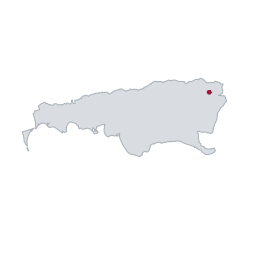 Dr. Manuel Belgrano, Jujuy, Argentina (highlighted), rotated 74°
{"feature_id": "61730980B9597683153912", "entity_name": "Dr. Manuel Belgrano", "entity_type": "district", "adm_level": 2, "iso_a3": "ARG", "parent_name": "Argentina", "parent_adm1": "Jujuy", "projection": "equal_earth", "projection_center": [-65.306, -24.063], "detail": "fine", "context": "in_parent", "style": "filled", "palette": "rose", "viewbox_px": 256, "rotation_deg": 74, "n_neighbors": 0, "source": "geoboundaries", "source_scale": "gbopen_adm2", "svg_char_len": 4438}
<svg xmlns="http://www.w3.org/2000/svg" viewBox="0 0 256 256"><g transform="rotate(74 128 128)"><path d="M155.2,81.5L153.8,84.2L154.1,86.0L152.7,90.2L153.0,91.0L152.0,93.0L152.3,95.2L151.7,97.3L151.9,99.8L151.5,100.6L150.6,100.8L149.9,104.5L150.6,107.9L149.9,108.6L151.0,111.1L154.6,113.3L156.3,115.5L156.4,116.4L155.4,117.8L155.2,118.9L155.7,120.5L156.6,121.5L158.3,122.1L158.5,124.3L158.1,125.7L154.7,130.7L153.9,132.9L150.8,135.1L142.9,137.6L136.7,138.6L133.2,138.4L130.9,137.4L131.1,140.1L132.2,141.0L131.6,141.0L132.1,141.5L131.8,143.8L131.1,144.2L130.5,146.1L130.5,147.7L131.2,149.0L130.5,150.4L127.8,151.7L124.7,152.0L118.9,149.9L119.1,149.6L118.8,149.4L117.9,149.9L117.5,151.7L118.1,154.5L117.9,157.0L118.2,157.8L120.3,158.8L120.2,159.7L120.9,159.8L122.4,159.6L122.6,158.8L121.8,158.5L123.8,157.9L124.6,158.9L124.6,161.4L124.2,162.1L122.7,162.6L122.2,162.4L121.3,160.7L120.6,160.3L118.3,161.3L118.0,161.8L121.3,163.1L118.9,164.4L117.0,166.7L116.9,171.0L116.5,172.2L115.2,173.3L114.9,174.1L115.4,174.5L115.2,175.3L112.7,175.1L110.9,176.4L109.3,176.8L106.3,181.5L106.8,183.8L110.1,187.1L114.3,187.9L114.8,189.0L114.6,190.3L114.1,191.1L112.6,191.8L113.9,191.8L114.5,192.5L107.1,198.3L106.2,199.9L105.8,203.4L105.2,204.1L103.7,204.8L102.7,204.1L101.9,202.8L101.9,203.8L100.6,204.2L102.2,204.2L103.0,205.1L100.8,206.3L100.1,207.4L99.9,209.0L99.0,209.9L99.7,209.7L100.4,212.8L98.6,213.0L100.8,213.5L103.4,216.9L103.2,217.2L103.1,216.8L96.6,215.3L87.8,215.1L87.9,214.6L85.8,212.7L86.2,211.4L85.9,210.3L86.2,209.3L85.9,208.0L85.1,207.6L82.4,208.3L80.7,204.9L80.7,203.0L80.2,201.8L80.6,200.3L82.0,200.2L82.4,198.6L84.2,197.4L84.2,195.8L85.3,194.9L85.5,194.1L84.4,192.1L85.1,189.9L87.0,188.2L86.8,186.1L87.8,185.0L86.9,182.1L88.0,180.9L87.4,180.2L87.4,178.7L88.4,178.3L89.1,176.7L87.9,175.2L85.9,174.7L85.7,173.9L89.4,173.9L89.8,172.7L89.6,172.0L86.8,171.6L86.8,169.9L87.3,168.9L86.8,167.8L86.9,166.8L86.2,165.4L86.9,164.7L85.0,163.2L84.9,160.7L85.3,160.1L85.0,158.7L86.6,157.5L85.8,155.1L85.8,150.4L85.5,149.2L86.5,147.2L85.9,146.0L86.7,145.0L86.3,142.6L87.1,142.4L87.7,138.2L89.8,137.0L90.2,136.1L88.6,130.8L88.7,128.8L88.4,127.9L88.7,126.7L88.3,125.0L88.9,122.9L90.4,122.1L90.5,121.4L92.0,120.0L91.9,116.5L91.2,114.7L92.0,114.1L92.4,111.4L93.5,108.6L94.5,108.1L94.2,104.9L94.5,102.0L93.2,101.4L93.5,99.4L93.0,98.9L92.7,96.7L91.8,94.7L91.7,93.8L92.2,93.3L91.3,92.5L90.5,90.7L90.7,89.0L90.8,87.9L91.9,87.1L91.6,86.3L92.5,82.9L93.5,82.7L94.1,81.5L93.5,80.8L93.6,78.8L93.1,75.8L94.0,74.3L94.8,69.7L97.2,66.4L98.8,61.2L100.1,61.1L101.5,60.0L100.1,56.5L101.0,54.4L100.0,49.8L100.3,48.1L101.0,47.2L100.1,45.4L100.4,44.0L101.7,42.4L106.2,39.9L108.0,32.8L107.0,31.6L109.5,27.4L111.3,26.7L112.0,24.5L114.3,26.6L118.4,26.7L120.4,27.5L121.8,31.6L123.9,26.1L129.4,25.9L130.6,27.9L132.7,30.1L134.1,33.2L138.6,38.0L144.5,40.3L148.0,43.5L152.2,46.3L154.2,46.9L155.8,48.8L156.1,50.2L155.2,51.3L154.4,53.4L153.3,54.6L152.8,55.9L152.8,57.6L150.6,61.0L150.6,62.3L152.8,62.0L158.2,63.3L160.7,63.3L161.5,63.9L163.0,62.3L165.2,62.9L166.8,60.2L168.3,59.7L169.9,57.8L170.7,55.4L171.2,50.5L172.0,50.8L173.5,50.1L174.8,51.1L175.8,55.3L175.4,59.3L174.8,61.0L173.1,61.9L172.2,63.0L169.7,63.9L168.2,66.0L165.0,68.3L165.2,69.5L164.1,69.4L158.6,77.6L155.2,81.5ZM102.6,230.5L102.4,218.8L104.1,221.1L103.3,221.0L103.1,222.1L104.5,222.3L105.2,223.7L108.3,226.3L112.8,228.8L117.3,229.6L116.0,230.8L111.7,231.5L109.0,230.8L102.6,230.5ZM119.1,230.4L120.4,229.9L123.1,229.9L119.6,230.8L119.1,230.4ZM132.9,139.5L132.9,140.0L132.0,139.2L132.9,139.5Z" fill="#d9dde1" stroke="#a8b0b8" stroke-width="1"/><path d="M114.5,40.1L114.6,40.3L114.6,40.5L114.6,40.8L114.6,41.0L114.7,41.3L114.8,41.3L115.1,41.6L115.4,41.7L115.5,41.7L115.8,41.7L116.0,41.6L116.3,41.6L116.5,41.5L116.5,41.4L116.6,41.5L116.8,41.5L117.0,41.5L117.1,41.4L117.0,41.2L117.0,41.3L117.0,41.2L117.3,41.3L117.2,41.2L117.2,40.9L117.2,40.7L117.2,40.4L117.3,40.4L117.3,40.2L117.3,40.3L117.5,40.3L117.6,40.2L117.7,39.9L117.7,39.7L117.4,39.5L117.2,39.7L117.3,39.4L117.4,39.2L117.2,39.0L117.1,38.9L116.9,38.8L116.9,38.7L116.9,38.8L116.8,38.7L116.8,38.8L116.7,38.8L116.7,38.7L116.6,38.8L116.6,39.0L116.4,39.2L116.4,39.3L116.2,39.3L116.2,39.5L116.0,39.8L115.9,39.8L115.7,39.8L115.5,39.7L115.4,39.7L115.2,39.6L115.2,39.4L115.2,39.2L115.3,39.0L115.3,38.9L115.2,38.9L115.1,38.7L114.9,38.6L114.7,38.9L114.7,39.0L114.7,39.3L114.7,39.5L114.6,39.8L114.5,40.0L114.5,40.1Z" fill="#f43f5e" stroke="#9f1239" stroke-width="1.5"/></g></svg>